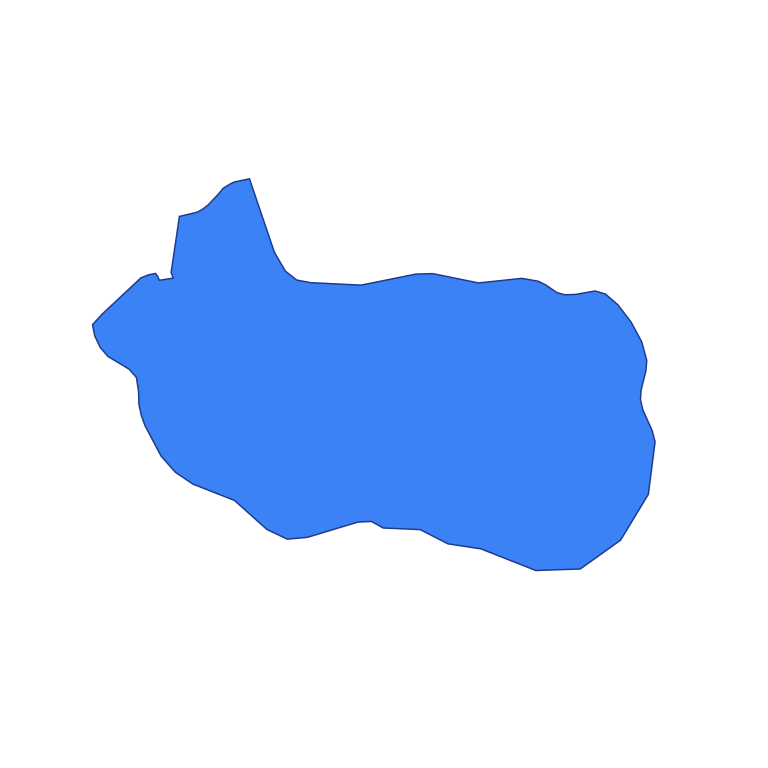 Upper River, Equal Earth projection, rotated 28°
{"feature_id": "GMB-2152", "entity_name": "Upper River", "entity_type": "Division", "adm_level": 1, "iso_a3": "GMB", "parent_name": "Gambia", "parent_adm1": "", "projection": "equal_earth", "projection_center": [-14.24, 13.404], "detail": "fine", "context": "isolated", "style": "filled", "palette": "blue", "viewbox_px": 768, "rotation_deg": 28, "n_neighbors": 0, "source": "natural_earth", "source_scale": "10m", "svg_char_len": 1045}
<svg xmlns="http://www.w3.org/2000/svg" viewBox="0 0 768 768"><g transform="rotate(28 384 384)"><path d="M168.9,266.0L225.3,319.1L243.9,330.6L258.1,333.2L271.6,329.0L317.3,307.5L360.4,272.1L375.1,263.7L420.0,250.4L456.0,226.1L471.7,220.9L480.1,220.6L493.6,222.1L501.7,220.4L510.9,215.1L526.7,202.8L537.1,200.6L553.4,204.3L573.2,213.4L591.9,225.9L604.9,239.8L608.9,248.9L613.9,268.8L617.9,277.6L619.5,279.4L625.0,285.6L642.7,299.3L650.5,307.8L669.2,357.3L666.2,410.8L644.1,455.2L605.6,477.4L546.8,484.1L515.6,495.1L484.3,495.6L450.9,511.5L437.4,511.3L425.7,518.2L388.4,555.3L371.4,566.4L348.9,567.4L306.6,557.0L262.4,562.1L241.3,559.9L221.0,552.3L192.6,533.0L184.4,525.6L177.1,516.9L171.1,506.3L162.4,494.5L152.1,490.6L127.6,489.3L116.3,485.0L106.0,477.3L98.8,468.5L102.2,455.1L119.5,404.5L124.8,398.2L130.4,393.6L133.9,395.4L137.0,397.9L148.2,389.4L143.7,385.5L124.7,332.1L138.4,320.0L141.5,315.4L144.6,308.6L148.5,294.6L150.1,286.8L153.8,280.4L156.9,276.0L168.8,266.0L168.9,266.0Z" fill="#3b82f6" stroke="#1e3a8a" stroke-width="1.5"/></g></svg>